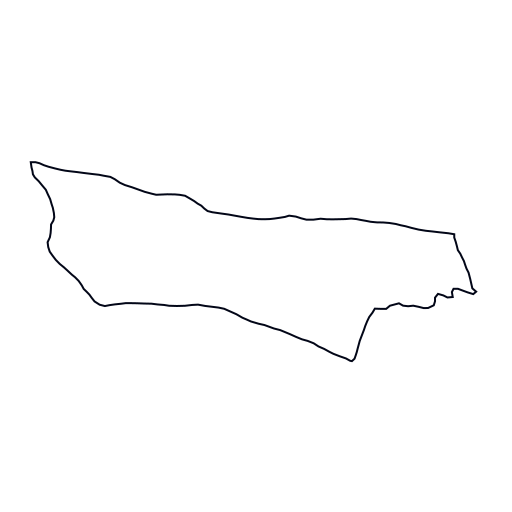 VI-5 Left Bank Upper Canj, East Berbice-Corentyne, Guyana, rotated 85°
{"feature_id": "73187651B6333666971836", "entity_name": "VI-5 Left Bank Upper Canj", "entity_type": "district", "adm_level": 2, "iso_a3": "GUY", "parent_name": "Guyana", "parent_adm1": "East Berbice-Corentyne", "projection": "equal_earth", "projection_center": [-57.57, 5.44], "detail": "fine", "context": "isolated", "style": "outline", "palette": "ink", "viewbox_px": 512, "rotation_deg": 85, "n_neighbors": 0, "source": "geoboundaries", "source_scale": "gbopen_adm2", "svg_char_len": 2577}
<svg xmlns="http://www.w3.org/2000/svg" viewBox="0 0 512 512"><g transform="rotate(85 256 256)"><path d="M369.1,169.6L366.9,166.8L363.6,165.3L360.5,164.0L356.8,162.7L353.0,161.3L349.7,160.1L346.4,158.5L342.9,156.8L339.0,154.9L335.3,153.3L330.8,151.0L326.6,148.5L322.6,144.9L318.8,142.2L319.4,137.5L320.0,130.9L317.2,126.9L316.4,122.3L315.6,117.7L318.3,113.8L319.3,108.8L319.2,103.7L320.8,98.4L322.5,93.5L322.8,89.1L320.6,83.2L316.7,81.6L313.1,81.3L309.6,78.0L311.6,72.8L314.0,68.9L314.0,63.6L309.0,64.0L305.9,62.1L306.3,57.6L308.4,53.2L310.7,48.3L312.9,42.9L310.7,39.8L307.1,43.3L297.6,44.6L291.1,45.7L286.9,47.4L282.7,48.5L279.2,49.3L275.3,50.9L271.5,52.3L267.8,54.4L263.8,55.0L259.3,55.8L254.9,56.9L251.6,56.6L250.1,62.4L248.4,71.1L246.9,78.3L245.7,84.5L243.9,91.6L241.6,98.5L239.4,104.4L238.0,109.1L236.3,113.9L234.7,120.4L233.7,126.3L233.0,132.9L231.9,138.8L230.6,143.3L229.3,148.2L228.0,152.6L227.0,158.0L227.0,163.7L226.6,169.8L226.2,175.8L225.6,182.1L224.5,188.4L224.8,195.6L224.2,202.6L222.4,207.7L220.2,212.9L218.7,219.5L219.6,223.8L220.0,229.3L220.3,234.5L220.4,239.1L220.1,244.5L219.5,250.2L218.5,255.5L217.3,261.1L215.6,267.6L213.9,273.9L212.3,279.7L210.5,287.6L208.6,295.7L207.0,300.3L204.2,303.4L201.1,306.1L198.7,309.6L195.9,312.8L192.8,317.1L189.8,321.4L188.4,326.7L187.6,331.3L186.8,338.9L186.3,350.1L184.9,354.3L182.4,361.2L179.5,367.5L176.7,373.6L173.9,380.4L171.1,385.3L167.2,390.0L164.5,394.2L162.7,400.9L161.4,405.3L160.0,412.2L158.2,420.7L156.8,426.9L155.4,433.8L154.4,438.5L153.1,443.1L151.3,448.5L149.0,454.9L147.1,459.3L144.7,463.6L143.3,467.6L142.9,472.2L148.3,471.9L151.8,471.3L155.2,471.1L158.4,469.5L162.6,465.9L166.7,463.1L171.7,459.6L176.1,458.1L181.4,456.1L186.5,455.1L190.3,454.2L195.6,453.6L199.8,453.6L203.1,454.8L206.7,457.4L210.9,457.9L215.2,458.6L219.4,459.7L224.1,462.4L229.0,462.2L233.7,461.1L237.8,458.7L242.4,455.8L246.8,452.2L251.0,447.9L258.6,441.0L261.4,438.1L265.4,434.8L270.1,432.1L273.8,430.5L276.9,427.8L280.0,425.3L283.4,423.3L287.2,420.8L290.9,416.0L292.7,410.9L292.2,406.3L291.9,400.9L291.8,394.7L291.6,390.0L292.1,384.4L292.7,378.7L293.6,371.6L294.4,364.3L295.7,358.2L296.8,351.7L298.0,346.9L298.9,339.2L299.4,331.1L299.2,324.1L299.4,318.0L301.3,311.1L302.8,304.0L304.1,297.9L305.8,292.3L309.3,286.0L312.3,280.6L316.3,274.9L318.5,270.8L320.8,266.7L323.7,259.3L325.5,253.6L329.8,244.4L331.9,238.4L334.4,233.6L336.8,229.0L340.1,223.1L343.0,217.5L345.1,211.9L348.0,206.1L351.5,201.7L354.5,196.2L357.8,191.3L360.2,187.4L363.2,181.3L365.9,175.3L368.6,171.3L369.1,169.6Z" fill="none" stroke="#020617" stroke-width="2"/></g></svg>